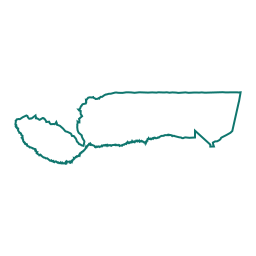 Itilima, Simiyu, United Republic of Tanzania (Robinson projection)
{"feature_id": "72390352B56378812232391", "entity_name": "Itilima", "entity_type": "district", "adm_level": 2, "iso_a3": "TZA", "parent_name": "United Republic of Tanzania", "parent_adm1": "Simiyu", "projection": "robinson", "projection_center": [34.228, -2.888], "detail": "fine", "context": "isolated", "style": "outline", "palette": "teal", "viewbox_px": 256, "rotation_deg": 0, "n_neighbors": 0, "source": "geoboundaries", "source_scale": "gbopen_adm2", "svg_char_len": 5747}
<svg xmlns="http://www.w3.org/2000/svg" viewBox="0 0 256 256"><path d="M240.6,92.3L238.3,92.5L237.3,92.3L225.5,92.4L222.7,92.2L204.9,92.7L201.8,92.4L199.3,92.6L194.7,92.5L188.6,92.8L185.5,92.4L178.3,92.9L176.3,92.6L172.4,92.4L169.4,92.7L166.8,92.3L164.2,92.5L158.3,92.3L156.5,92.6L152.2,92.4L148.1,92.6L139.4,92.3L134.6,92.8L130.9,92.4L126.3,92.3L122.5,92.9L118.2,92.8L116.3,92.5L115.0,92.6L110.9,93.7L108.7,93.8L106.5,94.5L106.1,94.4L104.5,95.1L102.0,96.9L100.5,96.9L100.0,97.6L99.4,97.9L99.2,98.5L98.5,98.2L97.7,98.8L95.6,99.0L95.1,98.5L93.4,97.7L93.2,97.1L91.9,97.5L89.8,97.3L88.2,97.7L87.1,99.0L86.2,100.4L86.2,100.8L86.0,100.6L86.1,102.3L85.8,103.5L82.7,104.2L82.2,104.6L81.6,105.8L80.9,106.3L80.0,108.8L79.1,109.5L78.4,109.5L79.3,110.6L80.7,111.0L80.6,113.4L80.9,114.7L81.5,115.1L82.1,116.2L79.0,118.9L79.4,120.0L79.4,122.4L78.4,122.3L77.6,121.7L77.7,123.0L77.2,124.9L77.4,125.6L77.2,127.0L77.6,130.3L78.6,132.7L81.8,135.4L81.8,136.5L82.8,138.7L84.3,141.1L84.4,141.7L83.7,145.0L83.4,145.8L81.7,145.4L80.3,144.4L79.3,144.2L78.8,143.8L78.4,142.9L76.9,141.5L76.4,139.8L75.7,138.3L74.8,137.5L74.3,136.5L73.6,136.0L71.9,135.9L71.3,134.2L70.6,133.4L67.5,131.9L65.4,131.3L63.1,128.6L59.9,125.8L56.9,124.7L56.9,123.4L56.3,122.0L55.5,123.4L54.6,124.2L53.5,124.0L50.8,124.2L49.8,123.3L49.1,121.7L46.3,122.0L46.0,121.0L45.1,119.6L44.2,118.5L43.5,118.5L43.1,118.0L42.7,118.0L39.7,119.8L38.9,119.5L37.5,118.5L36.0,118.3L36.2,117.6L35.6,116.3L35.5,115.5L31.8,118.3L31.4,118.5L30.7,118.4L29.9,118.8L29.1,118.7L27.9,117.3L27.4,116.0L26.4,115.5L22.6,117.3L20.0,119.1L19.7,119.2L18.7,119.0L16.7,119.4L16.2,120.4L15.7,120.7L15.8,122.0L15.4,124.2L16.3,125.0L16.3,125.4L15.8,125.7L15.6,126.0L16.5,126.8L16.2,127.2L17.3,128.5L17.6,128.7L17.9,128.3L18.2,128.5L18.1,130.5L19.3,132.3L19.4,132.9L20.4,132.9L21.1,133.7L21.2,134.8L22.5,135.7L22.5,136.8L21.9,137.5L22.6,137.7L22.8,138.1L22.6,138.5L22.3,138.5L22.7,139.3L23.1,139.6L23.1,140.9L23.6,141.4L23.8,142.1L24.4,142.2L25.1,143.1L24.8,143.6L24.9,143.8L25.9,144.3L26.7,144.1L27.0,144.3L27.1,145.7L27.9,146.0L28.5,146.5L29.3,146.7L29.7,147.4L30.5,147.3L32.5,148.1L32.9,148.5L33.5,148.5L34.1,148.9L35.3,149.1L35.2,150.7L35.5,150.9L36.0,150.6L36.4,151.9L37.3,152.1L36.7,153.2L38.2,154.3L39.4,154.9L39.4,155.3L39.9,155.3L40.4,154.7L40.7,154.9L41.9,156.2L43.6,157.5L44.7,157.6L45.8,158.4L47.2,158.3L50.2,160.8L51.3,160.3L51.8,161.1L53.1,160.9L53.1,161.6L54.3,162.2L55.0,161.5L56.0,161.4L56.4,161.9L56.9,162.0L57.4,162.6L57.8,162.3L58.2,162.3L59.0,163.1L59.6,162.9L60.0,163.1L60.4,162.7L60.5,163.1L61.2,162.8L61.6,163.4L62.4,163.4L62.6,162.8L63.4,163.4L64.5,163.2L65.3,163.7L65.7,163.8L66.4,163.6L66.6,163.1L66.6,162.8L66.2,162.8L65.7,162.1L65.8,161.8L66.2,161.7L66.4,161.3L67.1,162.0L67.6,161.6L68.2,161.8L68.3,162.4L68.4,162.0L69.4,161.6L69.6,162.1L69.8,162.2L69.7,162.6L70.0,162.7L70.1,162.2L70.4,162.1L70.7,162.5L71.4,161.7L71.0,161.4L71.3,161.0L72.0,160.5L72.2,161.2L72.7,160.0L73.5,159.5L73.5,159.2L74.2,158.6L74.1,158.2L74.5,158.4L74.7,158.0L75.3,157.6L75.7,156.9L76.4,156.7L76.7,156.2L76.8,156.2L77.0,156.6L77.4,156.1L78.3,156.1L78.9,155.3L79.6,155.8L79.7,155.5L79.4,155.0L79.9,154.3L79.8,153.8L80.4,153.5L80.4,153.1L80.9,153.1L81.3,152.4L81.7,152.4L81.8,151.9L83.3,151.3L83.3,150.8L84.5,149.9L86.0,148.0L85.9,147.6L86.3,147.5L86.1,147.0L86.5,146.9L86.5,146.7L86.7,146.9L87.4,146.3L88.1,145.0L88.7,144.9L89.1,144.4L89.7,144.6L89.3,143.7L89.7,143.6L90.1,144.2L90.4,143.6L91.2,144.6L94.2,145.8L95.1,146.6L95.1,147.1L95.5,147.3L95.8,147.3L96.1,146.7L96.6,146.5L97.0,146.8L97.6,146.6L97.7,146.8L98.7,146.4L99.2,146.6L99.4,146.9L99.8,146.6L100.3,146.7L100.7,146.4L101.4,146.4L101.8,145.7L102.3,146.1L102.6,145.6L103.2,145.3L103.4,145.5L104.3,145.2L104.6,145.5L105.3,145.3L105.2,145.1L105.5,144.9L105.9,145.0L106.2,145.5L106.6,144.9L107.4,144.9L107.7,145.4L107.9,145.0L108.5,145.5L109.8,145.1L110.0,145.3L110.6,145.2L110.9,145.7L111.4,145.8L112.2,145.1L114.1,144.9L115.1,145.1L115.1,144.7L115.8,144.6L116.7,145.2L117.9,145.2L118.1,145.0L118.4,145.3L119.1,145.2L119.5,145.7L119.7,145.4L119.9,145.6L121.2,145.7L121.8,145.3L122.1,145.5L122.4,144.9L124.1,144.7L124.3,144.3L124.5,144.4L125.8,143.6L126.2,143.8L126.3,143.3L126.6,143.3L126.9,142.6L127.6,142.7L127.8,142.2L128.4,143.1L129.0,142.8L129.0,142.4L129.7,142.3L129.9,142.7L130.3,142.3L130.9,142.4L131.1,141.8L131.7,141.4L131.7,141.9L132.0,142.0L132.1,141.7L132.3,142.1L132.6,141.9L132.6,141.6L132.9,141.9L133.4,141.7L133.4,141.9L133.6,142.0L133.8,141.8L134.0,142.1L134.6,142.3L135.1,141.4L135.5,141.5L135.9,141.2L136.2,140.7L136.6,141.0L137.0,140.8L137.1,141.3L137.4,141.5L138.3,141.2L138.5,141.0L138.9,141.0L139.1,140.7L139.3,141.2L139.7,141.2L139.8,141.6L140.6,141.1L140.8,141.3L141.3,140.9L141.7,141.4L142.2,141.2L142.6,141.7L143.3,141.7L144.1,142.5L145.0,142.2L145.2,142.8L145.3,142.4L145.7,142.2L146.0,142.6L146.2,141.8L146.5,141.7L146.4,141.1L146.8,140.7L147.2,140.7L147.1,140.2L147.8,139.5L147.7,139.0L148.6,138.7L148.7,138.3L149.3,139.0L150.0,139.1L150.3,138.8L150.6,139.1L151.0,138.8L151.5,139.2L152.0,138.9L152.5,138.2L153.1,138.0L153.3,138.3L153.5,137.9L154.8,137.6L155.0,137.7L154.8,137.9L155.0,138.2L156.6,138.2L157.5,137.9L157.8,137.5L158.4,137.4L158.8,137.6L159.4,137.0L161.4,135.9L163.8,135.8L164.1,135.4L165.1,135.1L167.2,135.2L167.6,134.8L168.1,134.8L168.4,135.2L169.1,135.1L169.2,134.8L169.9,135.1L170.6,135.0L171.2,135.2L172.1,136.0L172.4,135.6L173.3,135.9L174.1,135.8L174.6,136.1L179.2,137.3L181.0,137.5L182.1,138.1L183.3,138.1L184.4,137.6L185.4,137.4L189.3,137.8L195.0,137.5L195.0,130.7L210.3,144.6L210.3,146.6L213.9,146.5L213.1,144.1L212.9,142.6L215.1,141.4L217.2,141.3L219.5,140.0L220.4,139.2L221.0,138.0L221.6,137.5L226.3,135.1L230.4,132.8L232.3,131.0L238.7,102.5L239.0,101.5L240.6,92.3Z" fill="none" stroke="#0f766e" stroke-width="2"/></svg>